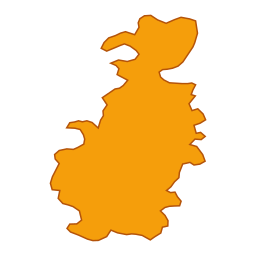 outline of Iguatu, Paraná, Brazil
{"feature_id": "56859067B2553347747506", "entity_name": "Iguatu", "entity_type": "district", "adm_level": 2, "iso_a3": "BRA", "parent_name": "Brazil", "parent_adm1": "Paraná", "projection": "orthographic", "projection_center": [-53.086, -24.68], "detail": "fine", "context": "isolated", "style": "filled", "palette": "amber", "viewbox_px": 256, "rotation_deg": 0, "n_neighbors": 0, "source": "geoboundaries", "source_scale": "gbopen_adm2", "svg_char_len": 1801}
<svg xmlns="http://www.w3.org/2000/svg" viewBox="0 0 256 256"><path d="M52.4,176.8L50.4,183.3L52.2,189.7L59.8,190.5L58.2,198.4L62.8,203.5L68.1,204.9L73.1,206.6L79.4,210.9L81.6,220.1L76.8,223.9L69.8,224.1L67.0,228.4L70.5,232.0L78.6,235.1L87.5,239.1L92.9,240.6L98.4,240.4L106.7,236.6L110.9,230.1L117.4,232.8L126.6,234.6L131.6,233.9L135.7,234.2L142.2,235.4L150.3,239.9L154.7,236.8L160.8,233.0L162.4,227.2L167.8,226.0L168.0,220.7L165.0,215.4L160.4,210.9L164.9,207.5L169.3,206.3L174.1,206.0L179.6,205.8L181.1,201.2L177.4,196.7L175.0,192.1L170.5,192.6L166.5,190.5L170.9,186.8L174.5,181.8L178.9,177.7L179.4,172.4L182.7,164.0L190.0,162.4L194.0,165.0L199.9,164.1L205.1,161.2L202.7,154.6L196.7,146.5L189.8,144.5L195.0,139.1L201.2,139.6L205.2,136.4L200.6,132.4L196.2,133.3L194.0,125.3L200.1,123.2L205.6,119.8L203.1,114.0L197.8,108.8L192.0,110.6L189.0,103.7L195.3,95.9L191.2,94.6L192.9,89.9L195.6,84.8L191.8,83.0L187.7,83.6L182.0,83.6L169.4,82.8L163.8,79.9L160.6,77.1L159.1,72.1L162.6,69.6L167.3,69.2L172.6,68.2L178.1,66.1L182.9,61.9L192.9,47.0L194.7,42.8L197.5,33.2L195.6,20.9L189.6,18.9L181.0,17.3L174.4,19.7L166.1,23.3L157.6,19.9L150.8,15.4L144.4,15.8L139.9,18.7L138.2,22.8L139.0,27.3L134.7,34.7L125.5,31.7L120.6,33.1L115.4,35.6L108.7,37.9L104.1,42.5L101.2,48.3L106.7,51.1L113.0,48.5L120.3,45.4L124.4,43.9L130.1,46.1L136.2,50.5L139.0,54.2L135.1,59.3L127.3,61.5L118.5,60.0L110.8,63.2L116.1,65.5L118.9,68.7L117.1,74.6L127.7,80.2L123.3,85.5L119.5,88.2L115.0,89.0L102.3,97.7L107.1,104.9L103.0,110.9L103.4,115.7L100.6,120.1L98.2,128.0L92.1,122.5L86.9,120.8L82.4,121.8L78.5,120.8L74.5,122.0L69.8,122.7L66.7,127.8L74.9,128.2L80.2,129.5L83.4,134.7L84.7,139.1L83.8,144.1L77.9,147.4L73.4,149.4L66.8,148.9L59.2,150.5L54.6,154.5L55.2,159.0L59.2,163.5L52.4,176.8Z" fill="#f59e0b" stroke="#b45309" stroke-width="1.5"/></svg>